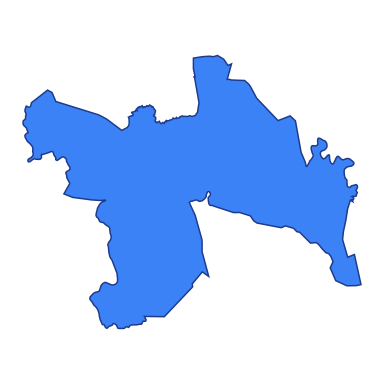 outline of Juan R. Escudero, Guerrero, Mexico
{"feature_id": "50627088B85628138735153", "entity_name": "Juan R. Escudero", "entity_type": "district", "adm_level": 2, "iso_a3": "MEX", "parent_name": "Mexico", "parent_adm1": "Guerrero", "projection": "robinson", "projection_center": [-99.489, 17.137], "detail": "fine", "context": "isolated", "style": "filled", "palette": "blue", "viewbox_px": 384, "rotation_deg": 0, "n_neighbors": 0, "source": "geoboundaries", "source_scale": "gbopen_adm2", "svg_char_len": 5992}
<svg xmlns="http://www.w3.org/2000/svg" viewBox="0 0 384 384"><path d="M23.3,120.7L23.0,123.5L23.5,125.1L26.6,128.2L27.0,129.9L28.1,132.3L28.0,132.8L26.5,133.4L25.2,134.9L24.9,135.3L25.1,137.2L27.4,141.4L30.3,144.0L32.4,146.7L32.9,148.8L32.7,151.7L33.3,153.7L32.7,156.0L32.2,156.6L31.5,156.9L30.6,158.1L29.4,158.4L28.3,159.3L27.9,160.1L28.0,161.4L28.8,161.9L30.0,161.7L32.5,159.7L34.2,158.7L35.9,159.2L37.4,159.3L39.4,159.4L40.2,159.2L41.3,158.1L41.5,157.2L41.3,155.2L41.6,154.4L42.2,154.6L42.6,154.5L48.4,152.7L51.0,151.6L52.1,151.5L53.0,152.1L54.2,155.5L55.7,157.5L55.7,159.2L55.8,159.7L56.9,160.4L57.6,160.2L60.2,158.3L61.8,157.3L62.6,156.9L63.7,157.0L65.8,158.5L66.5,159.5L66.4,161.1L66.6,161.6L67.7,163.5L68.2,164.8L69.1,166.0L70.0,167.7L69.9,169.3L68.9,170.3L66.6,171.6L66.0,172.4L65.8,173.1L66.7,175.5L66.8,177.6L69.8,183.4L63.9,193.9L72.7,197.4L91.6,199.9L100.7,200.5L105.2,200.0L105.4,200.6L102.0,202.0L99.9,204.0L99.3,204.9L97.5,208.3L96.9,211.1L96.4,212.4L96.2,214.3L96.0,214.9L96.1,215.8L96.9,217.3L97.8,217.8L98.3,218.4L99.7,221.5L101.2,222.2L103.3,222.6L105.6,224.7L108.7,226.8L109.8,228.1L109.7,229.9L110.1,231.3L110.2,233.5L110.9,234.9L111.2,237.7L110.4,240.1L108.6,242.4L107.8,244.9L108.5,247.3L108.6,249.7L109.1,253.5L110.0,256.9L110.6,258.2L112.1,260.4L117.0,273.3L117.6,279.4L117.4,282.0L116.3,283.5L115.4,284.3L113.0,285.0L111.3,284.8L106.0,282.5L104.6,282.5L104.0,282.8L102.6,283.7L101.1,285.5L99.7,290.0L98.8,291.3L98.1,291.7L95.1,292.4L93.4,293.4L90.1,297.0L89.9,298.2L89.9,299.3L91.9,301.8L94.0,305.3L95.9,306.9L97.9,309.9L99.1,313.9L99.4,316.5L100.2,319.7L102.4,324.6L103.4,324.6L104.3,325.0L104.8,325.5L105.0,326.6L105.5,327.4L106.4,328.1L106.8,328.3L107.6,327.8L109.4,326.0L110.4,326.0L112.4,325.0L112.9,323.9L113.5,323.5L114.5,323.7L116.6,325.3L117.6,327.8L118.1,328.3L119.5,328.5L124.2,328.4L126.3,326.6L128.6,327.4L130.1,325.5L131.0,325.1L134.1,324.8L136.2,324.9L140.0,324.2L141.2,324.3L142.0,323.4L142.6,321.9L143.1,321.2L145.2,321.3L145.6,321.2L145.9,320.7L146.1,319.8L144.4,316.4L164.3,316.7L192.6,286.9L192.3,283.8L202.3,271.9L208.7,276.4L202.1,251.8L202.1,241.8L201.9,239.5L195.2,215.4L189.3,202.5L190.7,201.3L192.6,201.1L194.5,200.3L195.9,200.0L196.4,200.0L199.6,201.4L202.3,200.7L204.8,198.6L206.1,196.9L206.4,194.6L206.8,193.4L207.7,191.8L208.4,191.6L209.3,191.7L210.2,193.3L210.5,194.2L210.2,195.3L208.3,197.4L208.2,198.8L208.4,201.3L209.0,203.9L209.5,204.9L210.4,205.4L213.0,205.5L213.4,206.0L233.7,212.6L239.7,212.5L250.4,215.9L253.6,220.7L256.9,223.0L281.3,227.7L285.4,225.9L293.6,228.3L296.9,231.7L299.7,232.3L310.5,243.1L316.2,242.6L318.5,244.3L322.3,249.0L326.0,252.8L328.7,253.6L330.9,256.5L333.0,261.7L330.2,267.9L335.8,280.7L346.9,285.8L356.4,285.6L361.0,284.6L354.4,254.5L347.7,257.2L342.6,239.6L343.4,231.7L345.9,220.0L347.6,208.9L350.4,200.2L352.7,201.6L351.6,199.1L352.7,200.0L353.0,200.1L353.4,199.6L353.8,198.3L352.8,196.8L352.0,196.5L352.6,196.2L355.4,196.4L356.4,195.8L356.3,194.7L357.3,192.8L357.3,192.5L356.0,190.6L356.2,189.9L357.0,188.7L357.5,187.2L357.5,186.4L357.0,185.2L355.9,184.6L354.5,185.1L351.5,185.8L350.4,187.1L349.7,187.4L348.3,187.0L347.7,186.6L347.3,186.0L347.1,185.0L346.9,180.2L346.5,179.5L345.4,178.3L344.6,176.6L344.2,173.2L344.1,170.9L344.6,169.0L346.8,167.2L348.8,166.5L351.5,166.1L353.0,165.1L353.8,164.1L353.9,162.8L352.7,161.3L349.9,159.1L349.1,158.7L347.3,158.5L345.9,158.8L343.3,159.8L342.7,159.8L341.5,159.3L338.4,156.4L337.8,156.3L336.9,156.8L336.4,157.5L333.6,163.4L333.2,163.8L332.1,163.9L331.7,163.7L330.7,162.5L330.1,161.1L329.7,159.5L329.4,155.2L328.9,154.8L327.6,155.4L325.1,158.1L324.5,158.5L323.5,158.8L322.9,158.6L321.0,156.3L320.3,153.8L320.4,152.9L320.6,152.2L321.5,151.2L324.5,149.9L325.3,149.3L326.3,148.1L326.8,147.3L327.0,146.3L326.9,144.2L326.5,143.0L325.8,141.8L324.8,140.8L323.1,140.3L320.5,138.6L318.9,138.1L318.1,138.4L317.7,139.5L317.6,140.4L317.9,144.0L317.4,145.0L317.0,145.4L315.1,146.0L313.8,145.7L312.6,145.7L311.7,146.1L311.4,146.6L311.2,147.1L311.2,149.2L312.1,152.5L313.1,154.9L313.3,155.7L313.2,156.2L311.5,159.1L309.7,161.1L308.7,163.5L306.8,166.4L306.1,166.1L305.3,162.3L301.1,152.3L295.4,120.8L290.1,115.9L278.0,120.6L256.6,98.1L250.5,86.6L248.7,84.1L244.6,80.5L231.3,80.0L229.6,79.4L227.2,79.4L231.5,63.9L228.0,65.5L223.7,59.2L217.5,55.5L213.4,56.7L209.2,56.2L202.3,56.7L193.4,58.1L193.4,68.7L195.0,76.2L193.4,77.1L194.6,77.0L194.9,77.3L194.6,77.7L199.0,102.7L197.5,112.4L196.4,113.6L196.0,114.8L194.3,115.9L193.3,116.0L192.1,116.5L189.6,115.7L187.4,116.6L185.5,116.3L183.1,116.4L182.5,115.9L180.0,116.7L180.1,117.1L179.0,117.9L176.8,118.2L176.5,117.7L176.1,118.5L175.6,118.2L174.7,118.6L173.3,118.3L173.1,118.1L172.9,118.8L171.3,119.9L169.9,120.0L168.9,120.7L167.4,120.9L166.5,120.4L166.2,120.5L166.2,121.1L166.0,120.9L164.8,122.1L164.2,123.4L162.9,122.4L161.1,123.8L160.2,122.9L159.7,122.0L159.3,121.8L159.3,121.4L157.2,122.3L157.1,122.7L156.4,122.4L156.3,122.1L155.7,122.0L155.5,121.5L155.0,121.1L155.7,119.5L155.6,117.3L153.8,116.2L153.6,115.5L153.9,114.9L154.6,114.9L154.8,114.7L154.8,113.1L155.4,112.0L155.4,110.4L153.3,107.9L152.9,106.7L152.4,106.6L152.1,106.8L152.1,106.6L151.5,106.3L151.2,105.9L149.7,105.0L149.2,105.3L149.0,105.8L148.5,106.4L148.0,106.2L147.9,106.0L146.7,105.7L146.3,106.1L146.3,106.4L145.7,106.9L145.1,107.1L144.6,106.7L143.8,106.9L143.4,107.6L143.0,107.6L142.2,105.7L141.2,106.2L140.9,106.7L140.2,107.0L139.6,106.7L139.3,106.8L139.6,107.2L139.2,107.7L138.4,107.3L137.5,107.9L137.3,108.4L136.5,109.0L137.3,110.7L136.8,110.7L136.4,110.1L136.3,110.6L136.0,110.7L135.5,110.4L135.2,111.3L131.7,112.4L131.9,113.1L132.3,113.0L132.8,113.8L133.1,115.3L131.7,115.9L131.3,115.7L128.4,117.2L128.8,118.0L129.0,118.7L129.2,122.0L129.1,124.2L128.6,125.7L127.3,127.5L121.8,130.4L106.5,119.0L98.8,114.9L55.8,101.5L52.1,92.6L47.6,90.1L31.5,102.7L30.8,105.6L30.0,106.9L29.4,107.2L28.6,107.2L26.6,106.1L26.1,106.3L25.2,109.1L24.9,110.8L25.1,111.8L26.0,113.4L26.0,114.8L25.6,116.5L25.4,119.1L23.3,120.7Z" fill="#3b82f6" stroke="#1e3a8a" stroke-width="1.5"/></svg>